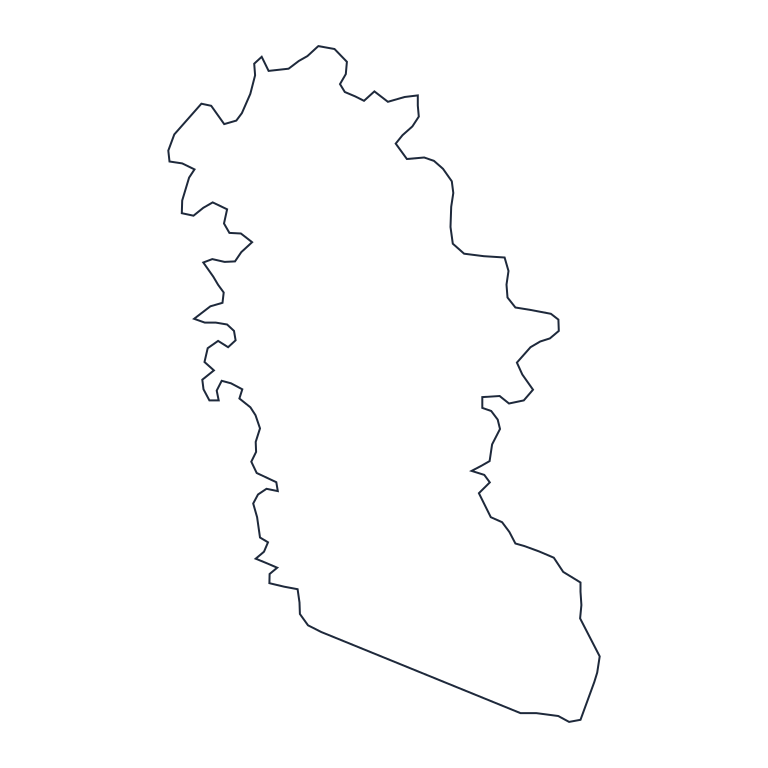 outline of São João da Ponta, Pará, Brazil
{"feature_id": "56859067B2692108499529", "entity_name": "São João da Ponta", "entity_type": "district", "adm_level": 2, "iso_a3": "BRA", "parent_name": "Brazil", "parent_adm1": "Pará", "projection": "albers", "projection_center": [-47.972, -0.868], "detail": "fine", "context": "isolated", "style": "outline", "palette": "slate", "viewbox_px": 768, "rotation_deg": 0, "n_neighbors": 0, "source": "geoboundaries", "source_scale": "gbopen_adm2", "svg_char_len": 2088}
<svg xmlns="http://www.w3.org/2000/svg" viewBox="0 0 768 768"><path d="M417.8,95.4L404.6,97.0L387.9,101.8L374.4,91.4L364.0,100.8L355.2,96.4L344.8,92.0L340.0,84.1L345.8,74.1L346.9,61.8L334.5,49.0L318.3,46.1L307.4,56.1L298.9,60.9L288.6,68.7L268.6,70.9L261.7,56.8L254.2,63.7L255.1,75.3L250.3,93.9L241.9,113.1L236.3,120.6L224.2,124.1L211.2,105.8L201.4,103.7L174.3,134.4L168.3,150.6L169.5,161.5L182.2,163.4L194.5,169.4L189.1,177.6L182.2,200.5L181.8,213.2L193.5,215.7L203.3,207.8L212.7,202.4L227.1,209.3L224.0,223.5L229.4,232.9L240.9,233.5L252.1,242.2L241.3,252.1L235.0,261.4L224.6,261.9L212.3,259.1L203.3,262.5L213.3,276.7L218.1,284.8L223.7,292.5L222.5,302.8L210.4,306.3L194.1,318.8L204.8,322.6L215.8,322.6L227.1,324.5L234.0,330.9L235.6,340.3L228.1,347.2L218.1,340.9L207.7,348.2L204.5,362.0L213.9,370.4L202.3,379.7L203.5,389.3L209.4,400.4L218.7,400.4L216.7,390.6L221.7,380.8L231.0,383.3L242.3,389.3L239.4,398.5L250.4,407.3L255.5,415.2L260.0,428.4L255.7,441.9L256.1,451.9L251.3,461.7L256.7,473.0L276.3,482.2L277.8,491.1L266.5,488.8L258.0,494.5L253.2,503.5L257.1,517.2L260.0,537.5L268.0,542.3L264.0,551.7L255.7,558.7L265.5,562.7L277.2,567.7L269.6,574.0L269.4,583.2L284.2,586.7L297.6,589.2L299.5,602.5L299.9,614.0L308.0,625.3L321.2,632.0L520.4,713.1L536.1,713.1L558.2,716.0L569.1,721.9L580.5,719.8L594.3,682.0L597.2,672.6L599.7,656.4L580.1,618.4L581.4,605.1L580.5,591.7L580.5,582.5L563.2,571.9L553.8,557.7L539.0,551.4L524.2,546.0L515.4,543.5L509.4,532.0L502.1,522.2L490.8,517.2L478.9,493.2L489.8,482.4L484.3,474.9L471.6,470.9L480.8,466.1L489.6,461.1L492.1,444.4L500.0,429.0L497.7,419.6L491.2,411.0L482.3,407.9L482.3,397.1L499.6,396.0L509.0,403.5L523.8,400.4L533.0,389.7L522.3,374.5L516.9,362.6L530.5,347.2L540.2,341.5L549.9,338.4L558.8,330.9L558.4,319.6L550.9,313.8L529.8,309.8L515.4,307.5L507.5,297.5L506.5,284.6L508.5,271.0L504.6,257.5L483.9,256.2L464.1,253.7L452.8,243.7L450.5,227.0L451.2,206.8L453.3,193.0L451.8,181.3L443.0,168.8L434.0,160.9L424.2,157.5L406.9,159.0L395.7,143.6L402.5,135.2L412.4,126.4L418.8,116.6L417.8,105.6L417.8,95.4Z" fill="none" stroke="#1e293b" stroke-width="2"/></svg>